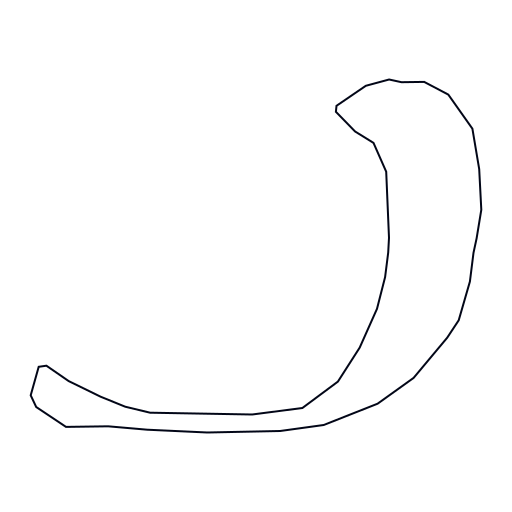 outline of Lekinoch, Federated States of Micronesia
{"feature_id": "79324940B50193929074024", "entity_name": "Lekinoch", "entity_type": "district", "adm_level": 2, "iso_a3": "FSM", "parent_name": "Federated States of Micronesia", "parent_adm1": "", "projection": "natural_earth1", "projection_center": [153.813, 5.505], "detail": "fine", "context": "isolated", "style": "outline", "palette": "ink", "viewbox_px": 512, "rotation_deg": 0, "n_neighbors": 0, "source": "geoboundaries", "source_scale": "gbopen_adm2", "svg_char_len": 632}
<svg xmlns="http://www.w3.org/2000/svg" viewBox="0 0 512 512"><path d="M389.0,237.8L388.2,252.6L385.1,277.1L377.0,308.8L359.7,347.6L337.9,381.6L302.4,408.0L252.2,414.5L150.1,412.7L125.2,406.7L100.6,396.7L68.7,381.1L46.4,365.7L38.7,366.8L30.7,395.3L36.2,407.0L66.0,426.9L108.1,426.3L147.2,429.7L207.3,432.5L280.1,431.0L323.7,425.0L377.6,403.7L413.6,377.9L447.2,337.7L458.7,320.3L469.9,281.6L473.5,252.8L476.6,238.4L481.3,209.8L479.2,169.1L472.4,128.7L448.3,94.6L424.2,81.9L401.5,82.2L389.1,79.5L365.8,85.8L336.5,105.8L335.9,111.8L355.1,131.5L373.5,142.9L386.2,171.7L389.0,237.8Z" fill="none" stroke="#020617" stroke-width="2"/></svg>